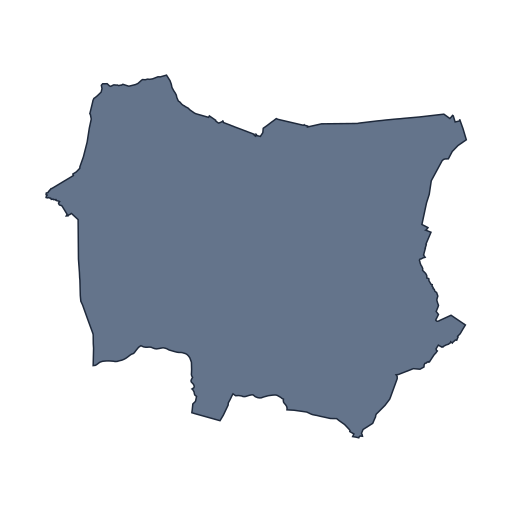 the district of Villamar, Michoacán, Mexico, rotated 94°
{"feature_id": "50627088B25056877567823", "entity_name": "Villamar", "entity_type": "district", "adm_level": 2, "iso_a3": "MEX", "parent_name": "Mexico", "parent_adm1": "Michoacán", "projection": "robinson", "projection_center": [-102.58, 19.992], "detail": "fine", "context": "isolated", "style": "filled", "palette": "slate", "viewbox_px": 512, "rotation_deg": 94, "n_neighbors": 0, "source": "geoboundaries", "source_scale": "gbopen_adm2", "svg_char_len": 5908}
<svg xmlns="http://www.w3.org/2000/svg" viewBox="0 0 512 512"><g transform="rotate(94 256 256)"><path d="M271.5,432.9L284.7,431.0L289.9,430.4L292.2,430.0L307.8,428.5L313.3,427.6L316.9,425.6L330.6,419.6L344.9,413.2L346.1,412.9L354.9,412.2L359.3,411.6L376.7,410.8L376.3,408.7L375.7,407.7L374.7,406.5L373.7,405.4L372.7,404.1L372.1,402.6L371.7,401.6L371.1,397.8L370.9,395.3L370.9,393.0L370.9,390.8L371.1,389.4L370.9,387.3L370.0,384.9L369.3,382.6L368.3,380.6L367.2,378.8L365.8,377.1L363.5,374.5L362.6,373.3L362.1,372.0L361.5,371.1L360.3,370.2L358.4,369.0L356.7,367.8L355.3,366.8L353.5,364.6L354.5,361.8L354.7,359.8L354.6,358.1L354.3,356.3L354.3,354.3L354.9,352.6L355.5,350.5L355.6,348.7L355.0,346.0L354.7,345.0L354.4,343.8L354.0,342.3L354.3,340.1L354.8,338.3L355.8,336.2L357.1,330.2L357.5,327.9L357.6,326.0L357.5,324.6L357.5,323.0L358.3,319.5L359.0,318.0L360.1,316.7L361.3,315.6L362.0,315.1L362.4,314.8L366.5,313.0L373.7,312.3L376.5,312.2L378.6,312.2L380.0,311.8L380.9,311.2L381.4,310.8L382.4,311.2L383.7,311.8L384.8,312.1L386.0,311.9L386.8,311.1L387.8,310.0L388.6,309.3L389.5,308.8L390.6,308.5L391.8,308.8L392.2,309.4L392.5,309.8L393.1,310.6L393.5,309.9L394.3,309.4L395.3,308.7L395.9,308.3L396.7,308.1L398.0,307.8L399.1,307.2L400.2,305.5L404.4,306.1L405.3,306.3L408.0,308.7L414.2,308.9L416.8,309.1L417.5,306.1L422.8,280.4L417.1,277.5L406.7,273.4L404.5,273.4L401.0,271.8L396.7,270.1L395.1,269.3L396.8,266.6L396.4,263.7L396.6,260.6L397.1,259.2L397.1,257.8L396.9,256.7L396.3,255.1L395.6,253.4L394.8,250.7L394.7,249.4L395.3,248.4L396.4,246.9L397.2,244.3L397.3,242.4L397.1,240.8L396.1,238.6L394.5,234.0L393.6,229.6L393.3,227.2L393.4,225.6L393.9,224.4L395.3,221.5L396.3,220.1L396.9,218.6L398.4,218.7L399.9,218.3L401.1,217.4L402.2,216.2L403.8,215.0L405.5,214.4L407.3,214.4L407.2,207.3L408.1,194.7L408.2,194.3L408.5,193.5L409.9,189.9L410.3,188.4L410.7,185.4L410.8,184.2L411.3,181.4L411.6,179.4L412.0,176.5L412.9,170.6L412.8,167.7L412.7,166.4L412.6,164.2L414.3,161.8L417.9,155.9L422.5,150.9L423.6,150.0L424.6,150.2L426.7,145.9L429.4,147.0L429.7,143.8L430.2,140.8L429.4,140.6L428.3,139.5L428.4,137.2L427.0,137.6L425.5,138.4L421.6,137.1L414.8,127.9L413.4,127.4L411.6,126.8L408.1,125.5L406.9,125.5L405.3,125.0L403.2,123.1L396.8,117.6L396.5,117.3L396.0,116.9L395.9,116.8L395.7,116.7L389.6,112.7L387.8,112.1L368.6,106.6L367.8,106.6L367.2,106.7L366.2,106.8L364.7,108.0L364.3,105.7L357.4,91.2L357.5,84.5L355.0,80.7L353.0,80.7L351.4,80.1L351.2,79.8L351.0,78.9L350.7,78.4L350.4,78.3L349.9,77.9L349.2,75.8L349.7,76.0L349.6,75.6L348.1,74.8L342.4,71.6L340.6,70.2L340.2,69.8L339.4,69.4L338.1,68.5L337.3,69.5L336.0,69.9L332.2,67.9L333.9,64.3L333.5,64.0L333.8,63.2L332.8,62.3L331.4,60.0L330.5,57.7L329.7,57.0L329.7,56.9L328.9,55.8L328.5,55.9L328.0,55.8L329.1,54.1L328.8,54.0L328.3,53.6L326.8,52.1L326.2,51.5L326.1,51.4L325.9,51.0L325.8,50.8L326.0,49.9L323.8,49.2L322.8,48.8L322.1,49.3L319.3,46.9L315.0,44.8L310.2,42.3L301.5,57.3L307.5,68.3L308.0,69.0L308.4,70.0L308.5,70.9L307.7,72.1L306.9,72.1L304.1,70.9L301.6,69.9L298.8,72.4L294.2,70.9L292.5,70.5L290.1,71.6L287.3,72.6L285.9,72.4L283.3,71.8L279.8,73.3L278.8,75.0L277.8,75.5L276.8,75.8L276.2,77.0L275.1,77.1L273.7,78.3L272.3,78.2L271.9,79.5L268.5,81.8L267.6,81.9L266.8,81.9L266.3,82.7L266.1,84.0L263.6,84.3L261.6,85.5L258.7,88.8L256.9,88.8L254.6,90.0L254.0,90.6L252.8,91.2L251.3,91.9L250.6,92.0L250.1,92.2L249.2,92.6L248.7,92.7L247.8,92.3L247.6,92.1L247.4,91.0L246.3,89.4L245.5,87.2L243.4,88.9L242.7,88.7L242.6,88.8L242.4,88.7L241.1,88.5L239.1,88.1L236.5,87.6L236.4,87.8L232.8,86.9L232.3,87.3L220.1,83.1L218.4,88.4L218.3,88.2L216.1,86.6L215.7,86.4L213.0,92.7L191.1,89.6L182.5,87.5L168.7,86.4L147.8,76.9L146.4,75.3L145.9,73.7L145.7,70.9L138.0,67.5L131.7,62.2L125.4,54.3L114.5,58.4L105.4,62.4L107.0,62.2L108.4,66.7L102.4,69.0L102.0,69.7L104.1,71.2L105.3,72.2L101.5,78.3L101.4,78.5L105.9,102.6L106.2,104.5L108.4,118.3L109.0,121.7L109.5,125.2L110.1,128.9L110.7,132.4L111.3,136.1L112.0,139.7L112.6,143.3L112.8,144.5L116.2,162.3L116.7,164.0L119.6,199.9L123.7,213.6L122.8,213.5L122.1,216.8L121.7,217.1L122.3,217.8L118.2,243.2L118.1,243.8L117.5,245.3L117.8,245.7L119.8,247.9L120.9,249.3L125.3,254.3L127.9,257.5L128.1,257.7L132.5,257.8L135.8,259.7L136.4,259.9L135.8,263.9L134.8,264.0L134.5,264.5L136.5,264.8L136.3,265.2L135.6,266.1L135.1,266.6L134.7,266.4L133.9,268.9L133.2,271.3L130.5,280.2L128.6,286.6L128.1,288.0L127.7,289.5L127.2,290.9L125.2,297.6L125.0,297.8L124.6,298.2L124.2,298.1L123.7,298.3L123.6,298.5L124.0,298.7L124.2,299.0L125.3,300.9L126.0,302.5L125.5,303.6L124.0,305.7L123.4,305.7L119.5,312.3L121.0,313.0L118.3,325.8L117.8,327.2L115.0,331.9L114.0,333.1L113.2,334.0L111.8,337.2L111.3,337.7L111.0,338.7L109.9,340.5L107.7,342.7L106.8,344.3L103.3,346.1L101.1,346.7L99.1,347.9L96.9,349.6L93.7,351.6L90.5,352.5L87.1,354.0L81.8,357.9L84.0,364.0L84.0,365.5L84.1,366.4L86.5,371.5L87.2,374.5L87.1,376.5L87.9,378.8L87.9,381.5L88.5,382.3L92.1,385.8L93.4,388.2L95.5,394.7L94.0,400.8L94.4,401.4L95.1,402.4L95.0,403.1L95.6,404.8L95.1,406.3L95.3,407.4L95.2,408.4L95.2,409.8L95.6,410.6L96.9,412.7L96.5,414.1L94.5,416.5L94.7,418.6L94.9,421.0L96.5,422.2L99.8,421.3L100.8,421.5L103.3,421.9L105.1,423.5L107.3,425.5L109.1,427.4L110.1,428.7L112.3,429.5L113.9,429.7L125.7,431.7L126.3,431.1L130.9,429.9L140.0,431.2L154.2,432.4L169.1,435.1L179.2,437.9L180.8,437.9L184.7,441.2L187.0,444.4L188.5,443.8L202.9,464.4L203.1,465.2L204.0,465.7L204.7,466.4L205.3,466.6L205.8,467.3L207.2,467.9L207.8,469.6L209.5,469.7L209.8,468.6L210.6,468.9L211.1,469.3L212.3,469.5L212.6,468.2L212.3,467.2L212.2,467.0L212.5,466.3L212.7,464.8L213.8,464.2L213.4,462.4L213.9,462.0L213.7,459.5L214.3,459.6L214.6,459.1L215.1,456.3L215.4,455.7L217.0,456.7L217.6,456.5L218.6,455.9L218.7,456.0L218.6,455.9L218.8,455.7L219.3,453.4L220.2,452.6L227.5,447.4L229.3,448.1L229.0,446.2L228.4,446.1L228.1,445.8L227.7,444.7L227.2,444.1L226.5,443.4L226.4,443.1L232.1,436.0L271.5,432.9Z" fill="#64748b" stroke="#1e293b" stroke-width="1.5"/></g></svg>